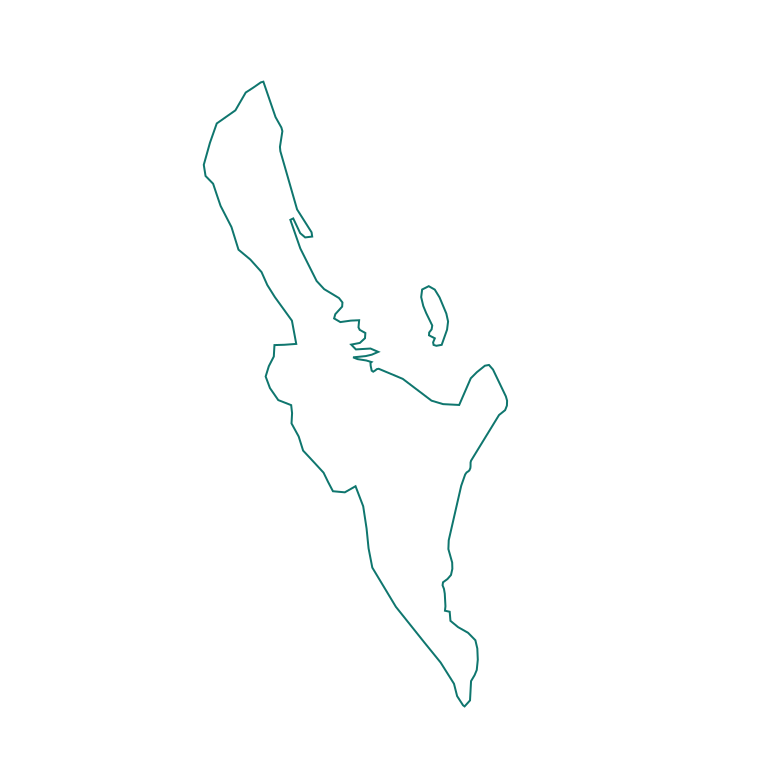 the Department of Sud, rotated 244°
{"feature_id": "HTI-1362", "entity_name": "Sud", "entity_type": "Department", "adm_level": 1, "iso_a3": "HTI", "parent_name": "Haiti", "parent_adm1": "", "projection": "robinson", "projection_center": [-73.723, 18.228], "detail": "fine", "context": "isolated", "style": "outline", "palette": "teal", "viewbox_px": 768, "rotation_deg": 244, "n_neighbors": 0, "source": "natural_earth", "source_scale": "10m", "svg_char_len": 2090}
<svg xmlns="http://www.w3.org/2000/svg" viewBox="0 0 768 768"><g transform="rotate(244 384 384)"><path d="M708.6,408.1L671.4,403.5L659.5,404.2L655.8,403.5L642.7,394.4L638.7,392.9L579.0,382.4L552.1,385.4L548.0,384.1L550.3,377.4L556.3,374.8L572.6,375.0L572.6,371.8L542.5,368.2L506.1,368.6L495.5,371.8L481.0,381.2L475.5,382.4L471.9,380.3L468.1,370.8L464.8,367.9L458.8,371.9L455.5,382.0L452.2,389.6L446.1,385.9L443.3,385.9L438.0,389.6L433.5,387.0L431.5,380.3L433.8,371.8L427.4,373.9L421.8,387.4L415.4,392.9L415.7,386.0L417.1,379.8L421.5,367.9L418.0,371.1L412.9,378.4L409.2,382.4L408.9,381.1L406.2,380.0L401.4,378.8L399.8,379.7L400.0,381.8L400.5,384.1L400.0,385.9L380.4,403.1L348.2,419.4L340.0,428.3L332.2,442.4L351.1,464.5L353.9,472.6L356.2,482.7L355.1,486.7L349.2,488.3L319.4,488.1L315.0,487.3L310.7,485.0L307.4,481.4L305.7,473.8L276.9,428.6L275.5,427.4L272.1,425.7L270.5,424.7L268.9,422.8L268.5,421.2L268.3,419.5L267.1,417.3L258.7,408.8L215.2,373.7L207.4,369.5L193.6,367.0L187.9,364.4L183.0,360.5L180.9,355.6L179.9,350.1L177.4,348.4L173.6,348.1L168.9,346.7L157.3,341.8L153.5,339.4L150.5,343.2L142.0,339.9L133.0,344.0L123.5,350.5L113.6,353.8L105.3,351.9L95.0,347.4L86.3,342.0L82.6,337.8L78.8,332.0L61.9,322.6L58.9,315.1L60.6,314.2L71.4,312.9L83.9,315.5L108.8,312.8L133.4,307.1L178.5,297.0L224.1,293.0L243.1,298.1L261.8,305.0L283.2,311.7L304.6,313.6L303.8,301.3L310.0,291.1L320.4,290.8L330.8,290.8L345.2,286.5L359.6,282.1L374.2,284.3L389.1,283.6L398.1,288.6L405.7,291.3L415.9,281.9L430.3,279.7L442.6,280.9L450.5,288.3L457.0,297.0L467.0,302.6L463.0,311.5L458.5,322.7L481.3,329.0L510.0,324.0L524.1,322.5L538.3,323.0L554.5,318.4L568.5,312.1L591.9,315.7L615.8,315.2L627.6,316.7L638.9,318.2L649.2,314.8L660.0,318.1L677.1,333.3L691.5,347.9L695.1,370.4L706.6,387.5L707.7,396.5L709.1,405.5L708.6,408.1ZM429.3,453.0L436.9,453.5L445.8,455.5L452.2,459.7L452.3,467.1L446.6,471.0L437.5,471.9L420.0,470.9L412.1,469.0L405.2,464.5L393.9,453.0L395.4,447.8L397.4,445.7L399.9,446.4L402.8,449.7L408.0,445.8L410.5,447.2L412.2,450.7L415.4,453.0L429.3,453.0Z" fill="none" stroke="#0f766e" stroke-width="2"/></g></svg>